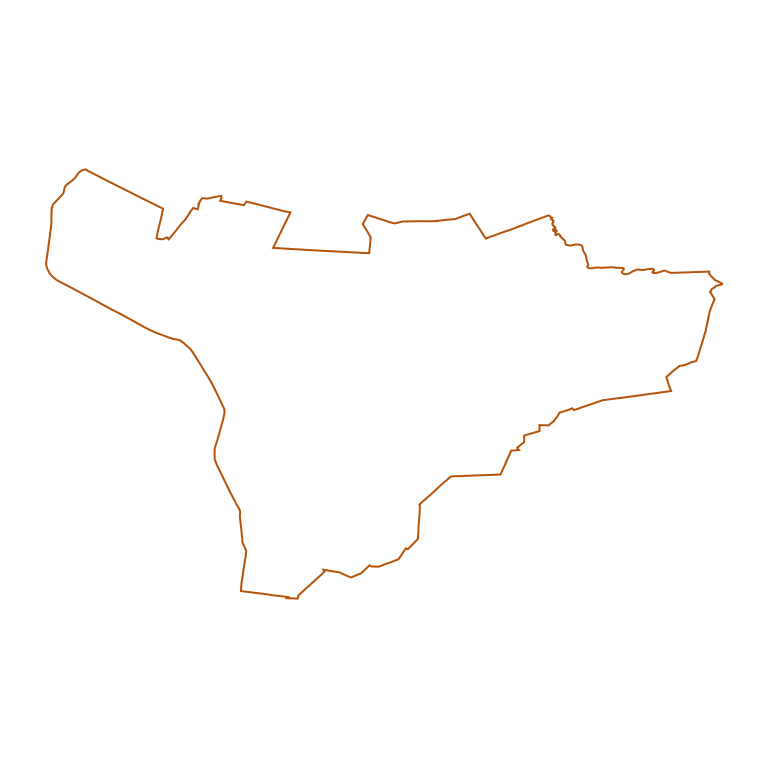 the district of Gaigalavas pag., Rezeknes, Latvia
{"feature_id": "27541924B98236726322583", "entity_name": "Gaigalavas pag.", "entity_type": "district", "adm_level": 2, "iso_a3": "LVA", "parent_name": "Latvia", "parent_adm1": "Rezeknes", "projection": "robinson", "projection_center": [27.105, 56.746], "detail": "fine", "context": "isolated", "style": "outline", "palette": "amber", "viewbox_px": 768, "rotation_deg": 0, "n_neighbors": 0, "source": "geoboundaries", "source_scale": "gbopen_adm2", "svg_char_len": 5947}
<svg xmlns="http://www.w3.org/2000/svg" viewBox="0 0 768 768"><path d="M241.6,582.4L241.1,588.2L241.1,589.3L241.0,591.1L270.0,594.7L270.5,595.0L288.0,597.0L286.8,598.2L297.6,598.6L298.7,595.1L299.8,594.2L304.9,589.5L306.6,587.8L308.1,586.5L308.5,586.3L309.7,585.2L313.1,582.0L315.8,579.7L316.9,578.6L318.0,577.6L322.1,574.0L322.7,573.1L324.4,571.8L324.4,571.5L324.2,571.1L324.2,570.9L323.7,570.2L323.4,569.7L332.6,571.3L339.1,572.3L350.9,577.5L361.1,573.3L362.3,572.2L369.4,565.4L371.6,566.4L378.5,566.7L379.5,566.3L383.0,565.1L386.8,563.6L390.6,562.3L398.5,559.3L405.7,548.4L407.9,549.1L413.1,543.9L418.0,538.8L418.2,533.5L418.5,530.8L418.4,528.5L419.7,511.4L419.8,504.5L419.6,504.4L424.4,500.0L425.3,499.3L429.9,495.3L437.0,488.8L439.0,486.8L443.6,482.7L444.3,481.9L445.8,481.0L448.9,478.1L450.5,476.9L451.2,476.6L451.9,476.4L454.1,476.3L469.1,475.7L485.6,475.1L500.5,474.5L506.2,462.0L506.0,461.9L506.2,461.6L509.2,455.2L511.1,450.7L518.9,450.0L517.3,448.1L517.2,447.9L517.4,447.7L521.0,444.6L524.1,442.2L524.3,439.5L524.0,435.6L539.6,431.0L539.5,425.1L548.5,425.4L553.8,421.1L554.9,419.4L556.4,417.9L559.6,412.6L561.3,412.2L570.1,409.3L572.3,408.3L573.9,410.1L602.3,400.3L604.2,400.0L639.5,395.4L641.9,395.0L651.0,393.7L655.5,393.2L671.1,391.0L670.0,388.4L669.0,385.6L666.3,377.1L672.9,371.1L680.1,365.6L680.6,365.7L683.2,365.5L687.5,364.0L689.0,363.3L691.3,362.2L693.4,361.7L694.8,361.4L696.2,360.9L696.5,359.9L697.6,357.2L698.5,354.4L698.9,353.2L700.9,346.5L701.0,346.0L701.6,344.6L704.7,333.9L705.7,331.1L706.3,327.4L706.5,327.3L706.4,326.9L708.1,319.1L708.4,318.8L708.1,318.5L710.0,310.3L710.4,309.6L710.7,309.0L712.3,304.4L714.7,299.4L710.1,291.9L710.7,291.6L710.9,290.6L711.2,290.3L711.8,288.9L714.9,287.3L715.7,286.0L721.9,284.4L721.9,283.3L716.1,280.6L715.0,280.0L712.3,277.4L709.3,274.2L709.2,271.6L690.9,272.2L690.3,272.3L671.7,272.9L670.9,272.8L670.3,272.7L667.2,271.6L666.0,270.9L665.3,270.7L664.2,270.6L663.7,270.7L660.0,272.0L657.5,272.7L656.1,273.0L654.8,273.1L654.0,273.0L652.9,272.7L652.4,272.4L652.4,272.1L652.6,271.8L653.8,270.9L654.1,270.3L654.0,270.0L653.5,269.4L652.9,269.0L652.0,268.8L651.5,268.8L650.2,268.9L642.2,270.0L638.1,269.5L637.4,269.5L635.5,270.2L633.0,271.2L631.7,271.9L629.9,273.0L629.1,273.5L627.1,274.1L625.2,274.2L624.3,274.1L623.3,273.7L622.7,273.4L622.2,272.9L622.0,272.5L622.0,271.9L622.1,271.4L622.3,271.0L623.5,269.9L623.7,269.6L623.7,269.1L623.7,268.6L623.4,268.3L622.6,268.0L617.2,267.8L613.8,267.5L611.3,267.2L609.1,267.4L602.4,267.8L601.2,267.8L598.7,267.6L596.6,267.6L595.2,267.7L592.5,268.2L591.8,268.3L590.1,268.3L588.6,268.0L587.7,267.5L587.4,267.1L587.3,266.7L587.4,266.3L588.1,265.1L588.2,264.9L588.1,264.7L588.0,263.9L587.4,262.5L587.0,261.2L586.5,259.1L585.8,255.2L585.5,254.6L585.1,253.9L583.2,250.9L582.9,249.3L582.5,247.2L582.0,246.1L581.7,245.6L581.3,245.3L580.7,245.0L579.4,244.7L578.6,244.6L575.6,244.5L573.3,244.9L571.2,245.5L569.9,245.5L567.7,245.2L565.8,244.7L565.3,243.1L565.3,242.0L565.1,241.4L564.8,240.7L564.3,240.1L561.6,237.8L560.7,236.6L560.3,236.4L560.2,235.6L559.7,234.8L559.1,234.4L558.6,234.1L557.7,234.1L557.0,234.4L556.1,235.0L555.6,235.1L555.4,235.0L555.4,234.8L555.4,234.2L555.7,233.6L555.7,233.3L555.7,232.9L555.1,232.4L555.1,232.1L556.7,230.8L556.4,230.4L556.1,230.2L555.3,230.4L554.7,230.4L554.1,230.7L553.7,230.8L553.2,230.7L553.0,230.2L553.2,229.4L554.1,228.7L554.8,228.4L555.4,228.0L555.4,227.5L553.9,226.1L552.8,225.1L552.4,224.3L552.4,223.8L552.3,223.7L552.5,223.3L553.0,222.8L553.5,222.2L553.5,221.8L553.2,221.5L553.0,220.9L553.2,220.6L552.7,220.0L551.3,219.3L551.0,219.0L551.1,218.7L551.4,218.3L552.0,217.8L551.7,217.6L550.8,217.6L550.6,217.4L550.3,216.3L549.0,215.6L548.1,215.5L523.7,224.6L522.0,225.4L521.8,225.7L521.2,225.6L520.8,225.7L510.4,229.8L505.3,231.4L485.8,238.5L483.3,234.9L481.1,231.4L480.9,231.0L477.2,225.4L476.9,225.2L475.4,222.7L469.6,213.6L467.1,214.7L463.2,216.0L461.0,216.9L459.5,217.4L456.4,218.7L455.4,219.0L454.8,219.2L452.5,219.2L439.6,220.6L437.2,220.8L437.2,221.1L425.7,221.3L421.2,221.2L402.5,221.5L395.3,223.3L394.2,223.3L392.5,223.0L367.8,215.0L362.8,224.1L367.5,231.9L370.7,237.2L369.2,253.2L320.8,250.7L289.9,248.9L288.8,248.8L288.5,248.7L288.4,248.8L273.1,247.9L290.4,212.5L283.2,211.0L254.6,203.6L246.3,201.6L243.9,205.2L220.1,200.8L221.1,198.6L221.4,198.6L221.3,195.8L221.0,195.8L209.8,198.1L207.5,198.6L202.0,198.2L199.1,202.8L199.3,202.8L198.5,204.5L198.9,205.0L198.4,206.2L198.2,206.9L198.2,207.5L198.1,208.0L197.9,208.3L197.4,208.8L197.5,209.2L193.2,208.0L190.1,212.0L188.3,215.1L185.4,219.4L180.7,224.6L175.4,231.3L168.7,239.4L168.1,238.7L168.1,238.2L167.1,237.5L166.8,237.4L166.4,237.5L165.7,238.0L165.1,238.1L164.3,238.6L163.1,239.2L162.2,239.2L161.3,239.3L158.6,238.8L158.3,239.0L158.1,239.1L156.5,238.1L157.9,230.9L160.4,221.0L163.1,208.7L138.7,196.6L102.2,178.2L86.1,169.9L86.0,169.6L85.4,169.4L83.1,169.9L81.2,170.7L79.5,172.0L78.1,173.5L77.5,174.3L75.1,177.8L73.4,179.5L66.8,184.6L65.4,186.3L64.9,187.2L64.3,188.8L64.0,190.5L63.5,192.9L62.9,193.8L61.5,195.5L59.5,197.5L56.0,201.4L53.5,203.9L52.8,204.5L52.3,207.4L51.6,207.9L51.3,223.9L50.8,228.6L49.2,240.7L46.1,263.4L46.3,265.4L47.2,268.6L49.9,273.7L52.6,276.7L56.4,279.8L59.7,281.7L69.8,286.9L82.2,293.5L110.2,308.7L124.0,315.8L144.9,327.5L154.1,332.0L170.1,338.0L173.9,339.1L176.6,339.4L179.6,340.2L181.9,341.6L184.2,343.5L186.4,345.5L189.4,348.0L191.1,349.9L193.3,353.2L202.4,367.6L204.0,370.6L206.4,374.1L211.4,382.5L214.4,388.4L218.7,397.3L222.9,406.1L224.4,409.3L224.5,411.1L224.4,413.4L223.2,419.4L221.9,423.6L218.3,437.0L214.7,448.5L214.6,452.9L214.7,459.5L217.0,465.2L221.4,474.1L223.9,479.4L230.0,491.8L233.9,499.3L235.3,501.6L235.6,502.8L236.1,504.0L237.5,505.8L239.5,509.7L240.0,511.2L240.0,515.0L239.8,516.3L241.3,529.5L242.0,536.6L242.3,539.1L242.4,540.3L242.2,541.7L242.9,543.5L245.5,549.0L246.1,550.9L246.3,551.8L245.8,554.0L245.8,555.8L245.3,558.4L243.7,568.3L242.8,575.0L241.6,582.4Z" fill="none" stroke="#b45309" stroke-width="2"/></svg>